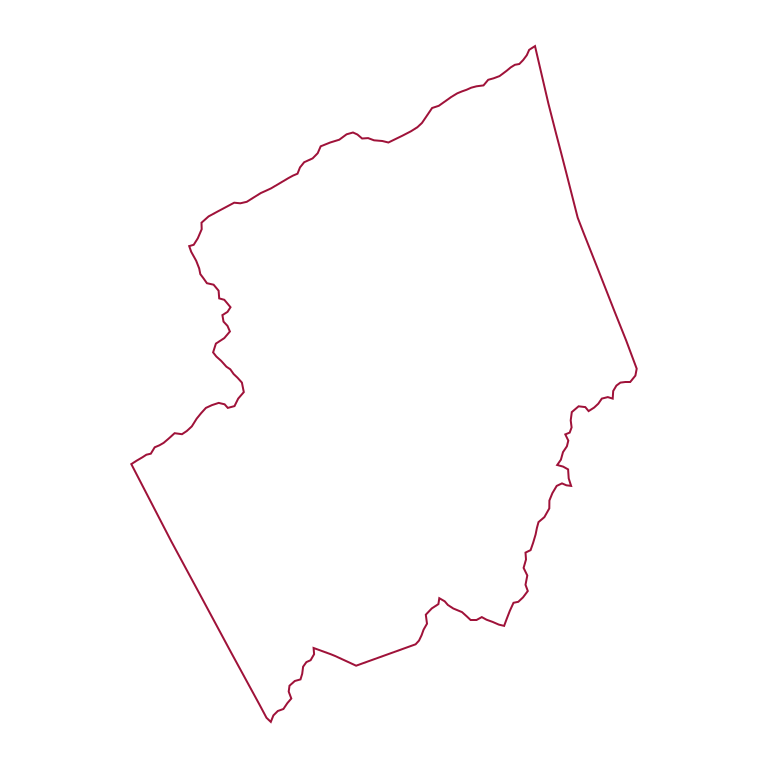 Cantagalo, Rio de Janeiro, Brazil
{"feature_id": "56859067B51854639642219", "entity_name": "Cantagalo", "entity_type": "district", "adm_level": 2, "iso_a3": "BRA", "parent_name": "Brazil", "parent_adm1": "Rio de Janeiro", "projection": "equal_earth", "projection_center": [-42.336, -21.867], "detail": "fine", "context": "isolated", "style": "outline", "palette": "rose", "viewbox_px": 768, "rotation_deg": 0, "n_neighbors": 0, "source": "geoboundaries", "source_scale": "gbopen_adm2", "svg_char_len": 2701}
<svg xmlns="http://www.w3.org/2000/svg" viewBox="0 0 768 768"><path d="M201.5,222.7L201.7,229.2L197.8,238.3L193.7,244.8L189.2,246.1L191.2,251.8L196.2,260.8L199.2,268.5L200.3,274.1L203.6,278.5L206.9,283.2L213.6,284.7L218.6,290.7L219.2,298.4L224.3,299.8L230.5,307.2L227.5,311.9L222.4,315.1L223.5,321.6L227.5,325.9L229.9,331.5L224.3,338.1L215.9,343.6L213.1,352.4L216.3,356.5L221.2,360.9L226.4,366.7L230.3,369.3L233.6,374.0L237.5,377.7L241.9,382.6L243.8,392.1L238.2,398.6L234.5,406.1L227.8,407.9L224.6,404.3L218.7,402.9L212.0,405.1L205.9,407.9L201.0,413.3L196.7,418.6L191.8,426.4L186.8,431.0L182.0,434.2L174.6,433.2L168.3,438.9L163.6,442.9L159.4,445.3L154.7,447.3L150.8,453.7L146.4,454.7L142.4,457.3L136.6,460.7L131.3,464.1L171.3,541.4L201.5,597.4L231.1,652.5L259.7,705.0L266.5,717.8L270.8,721.9L273.4,715.4L277.8,711.0L283.4,709.0L287.3,703.2L291.3,698.5L288.7,691.6L289.5,685.7L294.8,681.0L300.5,679.4L302.2,673.8L303.1,666.7L306.4,662.1L310.6,660.2L314.1,654.2L313.6,648.0L330.7,654.2L334.9,655.9L342.3,659.3L348.4,662.1L356.1,665.7L415.6,644.3L419.0,640.6L421.6,635.2L423.6,629.6L427.0,623.7L425.8,614.7L431.8,608.4L438.4,604.1L439.3,598.2L444.7,601.3L447.9,605.0L453.3,608.5L462.0,612.1L466.7,616.3L470.6,620.0L476.5,620.0L481.8,617.1L486.5,619.7L492.6,621.9L498.8,624.6L504.1,625.9L506.7,618.9L509.8,610.9L513.5,602.8L518.3,601.8L523.0,597.4L527.8,591.0L525.5,584.8L527.3,575.5L523.6,567.9L526.0,559.5L525.5,552.6L530.6,550.1L533.1,542.9L535.6,534.5L536.9,528.0L538.5,522.1L544.4,517.1L549.3,508.4L549.4,500.5L552.4,493.1L556.7,485.9L562.0,483.4L566.4,485.3L571.1,485.9L568.7,478.4L568.1,469.4L563.1,466.6L557.2,465.0L560.9,459.7L563.0,452.1L566.9,446.3L568.3,440.6L565.3,434.4L569.7,432.6L571.6,427.4L570.7,420.4L571.8,412.1L578.6,406.3L585.3,407.1L588.6,411.1L594.1,407.6L598.3,403.7L601.8,398.6L607.8,397.1L612.7,398.6L613.2,391.0L616.4,385.6L620.4,382.6L625.3,382.0L630.2,382.0L635.4,375.6L636.7,368.7L626.2,340.6L614.6,311.6L598.9,271.6L583.5,232.7L577.7,217.7L565.7,170.6L560.8,151.6L558.6,143.2L556.1,133.7L548.4,103.6L535.0,46.1L529.2,49.8L526.8,55.2L523.1,60.1L519.3,64.0L514.9,64.8L510.7,67.4L506.6,70.8L499.5,76.1L493.6,78.3L488.2,79.8L483.5,85.4L476.5,86.3L471.2,87.7L466.5,89.8L462.2,91.3L457.3,93.3L451.2,97.0L438.8,105.8L432.1,108.0L425.4,117.9L422.0,122.9L417.4,127.2L410.9,131.3L402.4,135.7L388.4,142.5L382.3,141.0L374.0,140.3L368.1,138.1L362.1,138.5L357.4,134.5L353.0,132.5L346.6,134.3L339.3,139.7L330.2,142.5L320.7,146.3L317.7,153.2L312.6,158.4L304.2,162.2L300.0,167.4L297.5,173.7L293.0,175.6L288.4,178.1L271.0,188.4L265.6,190.9L260.7,193.1L253.8,197.4L246.8,201.8L240.3,203.3L234.2,202.7L218.2,211.2L208.6,216.4L201.5,222.7Z" fill="none" stroke="#9f1239" stroke-width="2"/></svg>